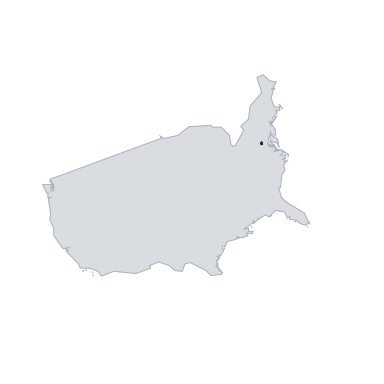 Berkeley, West Virginia, United States of America shown in context, rotated 320°
{"feature_id": "52423323B11679801882970", "entity_name": "Berkeley", "entity_type": "district", "adm_level": 2, "iso_a3": "USA", "parent_name": "United States of America", "parent_adm1": "West Virginia", "projection": "albers", "projection_center": [-77.931, 39.442], "detail": "fine", "context": "in_parent", "style": "filled", "palette": "slate", "viewbox_px": 384, "rotation_deg": 320, "n_neighbors": 0, "source": "geoboundaries", "source_scale": "gbopen_adm2", "svg_char_len": 4209}
<svg xmlns="http://www.w3.org/2000/svg" viewBox="0 0 384 384"><g transform="rotate(320 192 192)"><path d="M291.8,163.4L309.3,160.7L315.3,146.1L321.9,147.8L322.9,156.5L327.3,161.8L320.8,164.6L320.6,166.2L319.3,164.3L318.0,167.9L312.9,170.7L309.9,179.7L313.2,183.1L315.2,182.5L314.5,180.9L315.2,181.6L315.5,183.4L309.7,185.1L308.5,183.2L308.1,186.0L301.3,187.0L296.3,190.7L296.8,188.7L296.3,187.5L295.0,192.2L296.5,193.0L296.1,197.0L292.8,202.2L289.0,199.1L291.2,195.9L288.7,198.2L289.7,201.7L291.3,203.7L291.6,205.9L287.3,214.3L288.6,209.1L285.0,204.3L287.3,199.0L283.8,200.7L285.1,208.3L281.7,206.0L280.5,206.3L281.6,203.9L281.5,203.2L280.4,205.0L280.3,206.6L285.5,209.5L284.4,210.9L282.0,208.3L281.2,207.8L284.1,211.0L285.3,211.6L284.6,213.6L283.0,212.1L285.5,215.0L284.9,215.4L283.7,213.9L280.5,213.2L284.5,216.0L287.0,215.8L289.6,222.8L287.3,217.5L288.0,221.0L283.3,220.3L286.7,223.7L288.4,222.7L286.3,225.9L281.7,224.9L284.5,226.5L282.1,228.1L284.9,229.2L279.8,230.0L277.0,235.1L272.1,236.5L262.4,245.5L261.2,244.5L257.3,252.8L256.9,254.9L258.1,261.4L264.5,280.6L261.7,290.5L257.9,290.9L254.5,285.5L254.0,281.0L249.1,275.6L251.0,273.4L248.4,273.3L249.9,266.8L244.3,259.8L235.0,260.7L233.7,256.7L224.8,255.5L226.1,254.2L224.3,255.5L220.2,255.8L220.5,252.8L219.5,254.8L207.2,253.8L212.2,256.0L210.0,258.5L213.7,261.6L211.5,262.7L207.5,258.6L206.8,261.3L200.9,259.3L198.0,255.3L195.7,256.8L187.3,252.6L181.4,255.4L182.9,254.6L180.3,253.1L178.0,257.5L172.0,259.4L173.5,258.7L170.0,257.5L170.9,259.3L166.4,260.4L163.6,265.1L161.9,263.9L163.3,265.6L162.5,270.3L163.6,273.5L162.1,274.2L152.8,268.3L152.2,261.0L145.2,244.8L140.1,242.6L133.6,246.5L128.3,241.2L127.4,234.1L121.6,224.3L112.3,221.1L111.4,223.8L96.6,218.4L81.1,202.5L68.6,198.2L69.0,192.9L65.9,186.3L57.3,178.0L58.8,174.8L57.6,156.5L58.6,155.2L59.3,157.9L59.8,154.3L63.5,155.9L56.7,152.8L58.0,136.8L62.9,130.6L65.2,121.8L69.6,117.8L78.2,104.0L81.1,106.1L78.1,103.5L81.1,100.2L80.0,99.6L82.3,90.4L88.9,95.8L85.2,99.3L89.2,97.6L87.1,101.0L84.9,100.9L86.0,101.8L88.2,101.0L90.6,97.7L91.4,91.0L203.1,131.1L203.6,128.7L205.1,133.1L217.7,139.6L231.5,139.9L249.1,152.9L249.7,155.8L255.9,160.9L257.2,172.5L252.0,181.4L254.0,184.6L271.7,177.9L271.2,173.6L272.7,172.8L282.2,172.5L291.8,163.4ZM303.5,188.8L306.4,188.2L296.1,191.4L304.5,187.7L303.5,188.8ZM90.2,94.8L90.0,97.6L89.7,97.9L89.3,95.4L90.2,94.8ZM163.6,272.7L163.2,268.3L163.8,266.0L163.4,268.5L163.6,272.7ZM321.6,164.8L321.6,166.2L321.1,165.9L321.6,164.8ZM197.9,256.6L198.0,257.6L197.2,256.6L197.9,256.6ZM59.5,183.5L60.9,183.6L60.9,183.8L59.5,183.5ZM58.4,182.5L57.6,182.9L57.5,182.2L58.4,182.5ZM312.4,185.1L311.7,186.0L311.5,185.9L312.4,185.1ZM165.0,264.0L163.8,265.7L166.5,262.5L165.0,264.0ZM262.6,274.3L263.9,278.0L262.4,273.9L262.6,274.3ZM64.2,189.3L64.2,190.5L64.1,189.4L64.2,189.3ZM262.3,291.0L261.0,292.2L263.1,289.8L262.3,291.0ZM290.0,225.2L288.9,226.7L289.8,223.2L290.0,225.2ZM90.2,92.4L89.8,93.1L89.6,92.5L90.2,92.4ZM170.8,260.1L168.7,260.5L170.9,259.8L170.8,260.1ZM315.2,185.3L315.3,186.2L314.4,186.1L315.2,185.3ZM62.9,191.9L62.8,193.2L62.7,192.0L62.9,191.9ZM168.1,261.1L167.2,261.4L168.0,260.8L168.1,261.1ZM291.2,207.5L290.0,209.6L291.4,206.8L291.2,207.5ZM180.7,256.1L179.3,256.6L181.3,255.7L180.7,256.1ZM257.5,253.8L257.2,255.4L257.1,254.3L257.5,253.8ZM285.4,229.5L285.0,229.8L286.2,228.6L285.4,229.5ZM238.3,260.7L236.7,261.3L236.1,261.1L238.3,260.7ZM219.6,255.4L219.3,255.7L218.4,255.5L219.6,255.4ZM252.3,281.0L252.4,282.1L252.0,280.8L252.3,281.0ZM215.4,257.1L215.1,258.1L215.2,256.3L215.4,257.1ZM258.5,293.5L257.6,293.6L258.9,293.3L258.5,293.5ZM295.9,197.7L295.3,198.7L296.0,197.2L295.9,197.7ZM287.9,227.0L287.4,227.4L287.9,227.0Z" fill="#d9dde1" stroke="#a8b0b8" stroke-width="1"/><path d="M276.5,198.5L276.4,198.6L276.2,198.7L275.9,198.8L275.8,199.1L275.7,199.6L275.5,199.9L275.6,200.0L275.9,200.2L275.9,200.3L276.1,200.4L276.2,200.5L276.3,200.6L276.5,200.7L276.7,200.4L276.8,200.1L277.0,200.0L277.2,199.8L277.4,199.6L277.5,199.3L277.5,199.2L277.4,199.2L277.5,199.1L277.4,199.0L277.3,198.9L277.2,198.9L277.3,198.8L277.5,198.8L277.5,198.7L277.4,198.5L277.2,198.5L276.9,198.5L277.0,198.5L276.9,198.7L276.7,198.6L276.5,198.5Z" fill="#64748b" stroke="#1e293b" stroke-width="1.5"/></g></svg>